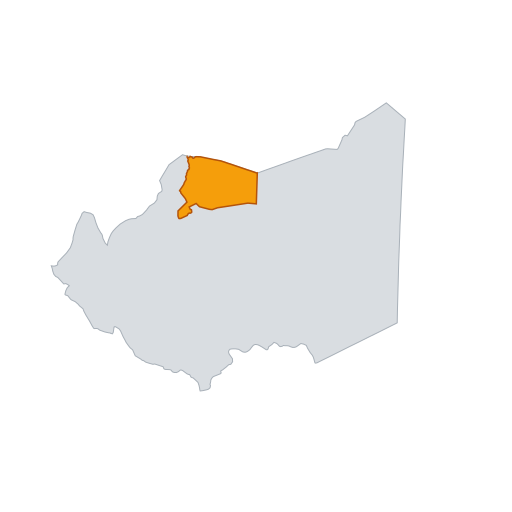 Kanem on a map of Chad (Albers equal-area conic projection), rotated 66°
{"feature_id": "TCD-1465", "entity_name": "Kanem", "entity_type": "Prefecture", "adm_level": 1, "iso_a3": "TCD", "parent_name": "Chad", "parent_adm1": "", "projection": "albers", "projection_center": [14.708, 15.037], "detail": "fine", "context": "in_parent", "style": "filled", "palette": "amber", "viewbox_px": 512, "rotation_deg": 66, "n_neighbors": 0, "source": "natural_earth", "source_scale": "10m", "svg_char_len": 5693}
<svg xmlns="http://www.w3.org/2000/svg" viewBox="0 0 512 512"><g transform="rotate(66 256 256)"><path d="M374.5,154.2L375.0,164.9L375.5,175.7L375.9,186.4L376.4,197.1L376.8,207.9L377.3,218.6L377.8,229.4L378.2,240.1L378.4,243.7L378.1,245.1L378.0,245.3L377.6,245.6L372.0,244.8L369.6,244.9L366.2,245.8L361.3,246.4L358.1,246.4L355.9,248.3L354.2,250.6L355.3,256.0L355.2,257.7L354.5,259.6L353.1,261.2L351.6,262.5L350.8,263.7L349.7,266.1L348.9,267.3L349.1,268.8L348.8,270.4L348.0,271.3L345.7,272.0L344.2,272.7L343.0,273.9L342.2,274.8L342.7,275.9L343.3,277.4L343.8,279.8L344.0,281.2L345.2,282.3L346.0,283.1L346.2,284.1L345.6,284.9L342.8,286.7L341.7,287.4L340.4,288.4L339.9,288.7L337.9,290.4L336.9,291.9L336.4,293.1L336.5,294.8L337.7,297.3L338.9,299.4L339.4,301.0L339.7,302.7L339.7,304.4L339.1,305.9L338.1,307.2L334.2,309.8L332.4,312.6L331.0,315.9L330.6,317.7L331.1,318.9L331.9,319.8L333.1,320.3L334.8,320.4L337.7,319.8L340.3,319.3L343.1,320.4L344.7,323.1L344.2,325.1L345.4,328.7L346.5,333.1L346.5,334.6L346.9,335.1L348.7,335.4L349.1,336.4L348.8,344.1L349.7,346.2L350.9,347.7L352.3,348.5L353.7,349.5L354.4,350.2L355.9,350.3L357.7,351.6L358.3,353.5L358.2,355.3L357.4,359.2L356.6,361.9L355.6,361.8L353.5,361.2L351.0,360.7L347.9,360.4L345.0,361.6L341.8,363.0L340.9,364.1L340.0,364.7L338.6,364.7L337.3,364.9L336.7,365.9L335.5,367.0L331.0,369.5L330.1,370.3L329.5,371.1L329.5,372.0L330.1,373.8L330.1,376.1L329.2,378.0L328.0,379.3L326.7,379.8L325.5,380.1L324.8,380.9L322.6,385.2L321.5,386.0L319.4,385.9L313.5,392.4L313.0,394.2L310.8,396.9L308.1,399.9L305.6,401.4L305.4,401.9L304.8,402.5L303.3,403.2L298.0,406.9L291.5,406.9L288.7,408.3L285.9,409.0L281.9,409.8L280.7,409.8L275.5,410.2L269.4,410.2L267.0,410.7L264.9,412.1L263.3,413.3L263.0,413.7L263.3,414.2L263.2,414.6L267.6,417.4L268.7,418.8L267.6,420.2L267.1,420.4L267.0,420.5L266.4,421.6L263.9,425.0L260.2,428.9L258.2,430.0L257.5,430.8L256.5,433.3L255.9,433.7L253.2,434.1L248.0,434.5L240.9,435.4L236.5,435.7L233.9,435.5L230.1,437.4L228.8,437.8L227.9,438.0L224.2,439.7L221.1,442.4L220.0,443.0L215.7,444.1L214.0,446.0L213.2,446.1L210.3,443.8L208.4,441.6L207.4,439.4L207.3,438.7L206.8,438.8L205.3,439.8L203.9,440.9L203.3,443.0L198.8,444.5L195.0,445.8L193.2,447.3L190.5,448.1L187.0,447.8L184.3,447.2L181.7,447.0L182.9,445.1L183.4,443.6L183.5,441.9L183.3,440.7L181.8,440.1L180.8,439.1L178.5,433.6L176.2,427.9L172.9,422.2L169.3,418.7L166.7,416.5L165.9,416.2L164.6,415.5L163.7,414.9L159.0,411.0L154.1,406.7L152.8,404.8L150.4,401.9L147.7,398.8L146.3,397.5L145.6,395.0L147.5,392.8L149.5,389.9L152.0,388.1L155.2,388.0L160.4,388.7L166.1,389.0L171.7,388.4L173.2,388.0L174.6,388.0L177.7,388.7L182.9,388.5L185.7,387.4L182.7,385.4L179.6,382.4L176.6,379.0L174.8,375.9L173.2,372.0L171.6,367.1L170.7,360.8L170.8,357.2L171.3,354.7L172.9,350.5L171.8,348.1L172.1,346.1L171.9,343.2L171.4,341.7L169.3,336.8L168.9,336.3L167.1,333.0L166.3,327.3L164.3,323.6L161.1,321.8L159.2,319.7L158.6,315.8L157.3,314.8L152.2,313.5L147.9,313.4L144.8,309.1L140.9,303.5L137.2,298.3L134.9,287.9L133.6,281.9L135.2,280.1L138.2,275.9L142.1,267.8L150.8,255.4L155.2,249.0L164.0,239.4L174.7,227.6L180.8,221.0L181.7,208.9L182.7,196.2L183.4,186.5L184.3,175.1L185.1,165.6L185.7,158.6L186.5,148.8L187.2,146.9L191.3,139.2L191.6,138.1L190.8,136.8L184.9,130.3L183.0,128.9L181.9,125.5L183.4,123.6L176.3,112.6L174.5,111.3L173.8,109.9L173.7,108.0L173.5,100.4L171.6,88.5L169.1,74.7L177.4,70.7L183.7,67.7L191.6,63.9L199.1,67.7L209.9,73.3L220.7,78.8L231.5,84.4L242.4,89.9L253.2,95.3L264.1,100.8L275.1,106.2L286.0,111.7L297.0,117.0L308.0,122.4L319.0,127.8L330.1,133.1L341.2,138.4L352.3,143.7L363.4,149.0L374.5,154.2Z" fill="#d9dde1" stroke="#a8b0b8" stroke-width="1"/><path d="M137.4,278.6L137.8,278.6L138.5,277.9L138.7,277.5L138.8,277.0L138.6,276.1L138.3,275.7L138.2,275.6L138.3,275.5L138.8,275.2L139.5,274.3L139.8,274.1L140.2,274.0L140.7,274.0L141.0,273.8L141.3,273.2L141.2,272.7L140.9,271.7L140.8,271.2L140.8,270.7L141.0,270.2L141.3,269.5L142.1,267.9L142.7,266.6L143.4,265.6L144.1,264.6L144.8,263.6L145.5,262.7L146.2,261.7L146.9,260.7L147.6,259.7L148.3,258.7L149.0,257.8L149.7,256.8L150.4,255.8L151.1,254.8L151.8,253.8L152.4,252.9L153.1,251.9L153.8,250.9L154.5,249.9L155.2,249.0L156.5,247.6L157.8,246.1L158.7,245.2L160.0,243.8L161.3,242.3L162.6,240.9L163.9,239.5L165.2,238.1L166.5,236.7L167.8,235.3L169.1,233.9L170.4,232.5L171.7,231.1L173.0,229.7L174.3,228.3L175.6,226.8L176.9,225.4L178.2,224.0L179.5,222.6L180.3,221.8L180.6,221.3L180.6,221.1L181.0,221.2L208.5,234.5L204.4,241.9L199.3,260.6L196.3,271.5L195.8,277.2L194.4,279.6L188.0,287.6L183.7,289.3L184.0,297.1L186.7,297.1L186.8,297.0L186.9,296.9L187.5,296.3L187.5,296.2L187.8,296.2L188.1,296.3L188.6,296.5L189.1,296.6L189.6,296.8L189.8,296.9L189.9,297.0L190.0,297.3L190.1,297.6L190.2,298.2L190.2,298.4L190.1,298.7L189.7,299.4L189.6,299.6L189.6,299.8L189.9,300.6L189.9,300.9L190.1,301.2L190.1,301.3L190.3,301.6L190.8,302.1L191.0,302.3L191.0,302.7L191.1,309.2L191.0,309.8L190.7,310.7L190.4,311.1L189.9,311.2L188.2,311.1L187.4,310.9L183.1,308.9L178.7,297.2L174.9,297.2L167.9,299.0L167.7,299.0L166.6,298.7L166.4,298.7L166.2,298.8L165.6,299.2L165.3,299.3L165.1,299.1L161.6,293.4L160.9,292.6L160.0,291.8L159.7,291.5L157.7,288.7L157.4,288.4L157.1,288.3L156.8,288.3L155.3,288.1L155.1,288.1L154.8,287.9L154.6,287.7L154.0,286.7L153.7,286.4L152.6,286.1L152.3,285.8L151.0,284.3L150.2,283.9L150.0,283.7L149.9,283.6L149.8,283.3L149.7,282.2L149.5,281.9L149.4,281.8L149.2,281.7L149.1,281.8L149.0,281.7L148.6,281.1L148.4,281.0L148.2,281.0L148.0,280.9L147.1,280.9L146.9,280.8L146.7,280.7L146.4,280.3L145.4,279.9L141.5,279.7L141.3,279.6L141.2,279.4L140.9,279.0L140.6,278.8L140.4,278.7L140.0,278.7L137.5,278.7L137.4,278.6Z" fill="#f59e0b" stroke="#b45309" stroke-width="1.5"/></g></svg>